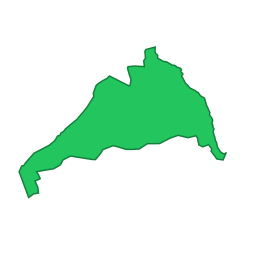 the district of Krowor Municipal, Greater Accra, Ghana, rotated 279°
{"feature_id": "2480657B96734395613726", "entity_name": "Krowor Municipal", "entity_type": "district", "adm_level": 2, "iso_a3": "GHA", "parent_name": "Ghana", "parent_adm1": "Greater Accra", "projection": "equal_earth", "projection_center": [-0.085, 5.613], "detail": "fine", "context": "isolated", "style": "filled", "palette": "green", "viewbox_px": 256, "rotation_deg": 279, "n_neighbors": 0, "source": "geoboundaries", "source_scale": "gbopen_adm2", "svg_char_len": 2154}
<svg xmlns="http://www.w3.org/2000/svg" viewBox="0 0 256 256"><g transform="rotate(279 128 128)"><path d="M43.8,40.8L48.2,45.0L49.7,49.8L55.2,48.2L61.1,44.5L64.2,49.2L68.2,46.6L70.5,44.5L74.0,54.5L76.0,60.8L81.1,67.1L86.2,68.7L91.3,75.5L91.3,80.8L91.3,86.0L91.3,97.6L91.7,100.8L96.0,103.4L99.9,105.5L102.7,106.5L108.2,116.0L107.8,121.3L106.6,129.1L107.4,134.9L109.0,142.3L115.6,149.7L116.4,154.9L117.6,161.7L124.6,171.2L128.6,178.6L127.8,188.6L130.9,196.4L129.3,198.0L122.3,200.7L121.1,204.9L124.2,210.1L120.7,213.8L118.0,213.8L114.4,217.5L111.3,220.6L111.3,226.9L118.6,228.7L118.6,228.3L118.2,228.1L117.5,228.2L117.2,227.7L117.5,226.8L117.9,225.2L118.8,223.3L121.0,221.1L122.4,219.9L123.6,219.2L125.5,218.4L126.7,218.1L129.8,216.1L132.9,215.0L133.7,214.5L134.4,214.0L136.2,213.4L137.1,212.7L138.1,212.6L139.7,213.0L140.1,212.9L140.9,212.9L141.7,212.0L142.4,211.9L142.8,211.5L143.4,211.3L144.1,211.4L144.3,211.3L144.6,210.7L145.2,210.3L147.2,210.3L148.7,210.4L149.9,209.9L151.0,209.1L152.2,208.0L153.2,206.8L153.9,206.5L156.1,206.4L158.1,205.0L159.2,204.4L161.4,203.0L162.3,202.2L169.4,198.9L170.3,196.7L170.4,196.0L171.8,193.8L172.4,193.1L173.3,192.6L174.0,191.9L174.4,190.2L175.0,189.2L175.6,188.5L176.0,186.6L176.5,185.1L177.3,182.7L178.4,181.3L179.4,180.4L181.0,178.1L181.7,177.1L182.8,176.6L185.3,174.7L187.7,172.9L188.6,172.8L189.5,173.8L190.3,173.5L191.9,171.3L192.8,171.3L193.7,171.8L194.6,171.2L195.1,170.4L195.5,168.7L195.6,167.0L196.8,165.3L197.2,164.2L197.1,163.4L197.0,161.8L198.7,157.6L199.3,156.0L199.4,151.7L200.6,149.5L200.9,148.0L201.8,146.3L203.8,146.0L204.5,145.9L204.9,145.5L205.8,143.9L206.8,142.9L212.2,142.2L209.2,135.4L208.3,133.4L206.4,132.7L202.8,133.6L199.7,134.3L196.8,133.0L191.2,134.6L190.2,124.7L188.6,118.5L187.2,118.1L181.0,120.9L176.3,123.4L170.9,123.4L169.7,122.4L176.5,101.5L173.7,99.5L170.7,95.5L166.9,91.4L165.0,89.9L157.0,88.3L153.8,89.3L142.4,84.4L138.4,82.2L132.1,78.3L128.7,76.4L124.0,72.1L117.2,66.3L114.9,65.2L112.2,62.3L110.2,62.1L109.0,59.6L105.4,58.3L103.1,56.9L98.7,53.0L95.7,49.0L88.5,39.2L78.0,32.5L74.5,30.8L73.9,29.0L67.8,27.3L43.8,40.8Z" fill="#22c55e" stroke="#15803d" stroke-width="1.5"/></g></svg>